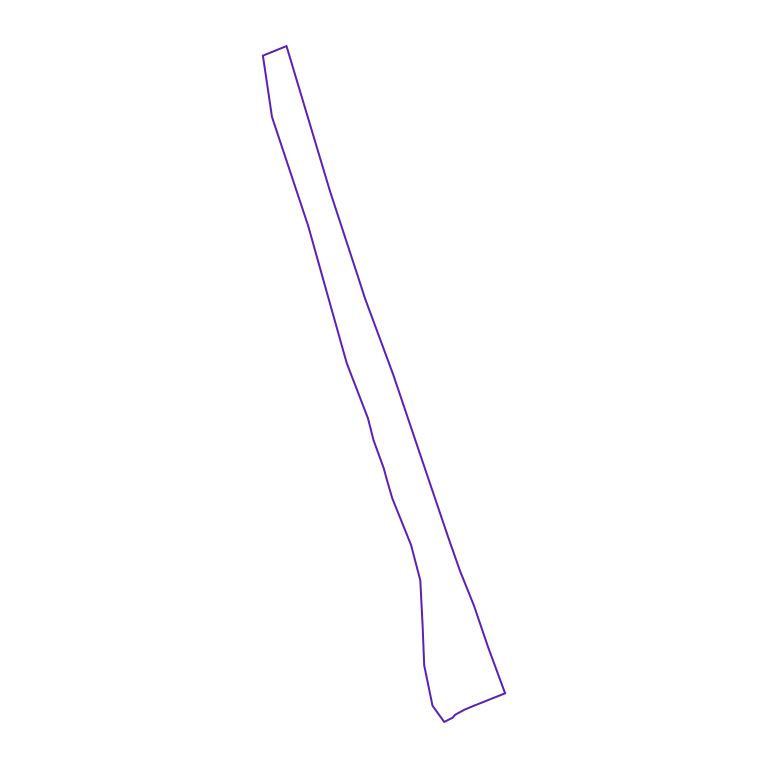 Teone, Tuvalu (Natural Earth projection)
{"feature_id": "33948139B32813308345680", "entity_name": "Teone", "entity_type": "district", "adm_level": 2, "iso_a3": "TUV", "parent_name": "Tuvalu", "parent_adm1": "", "projection": "natural_earth1", "projection_center": [179.198, -8.507], "detail": "fine", "context": "isolated", "style": "outline", "palette": "violet", "viewbox_px": 768, "rotation_deg": 0, "n_neighbors": 0, "source": "geoboundaries", "source_scale": "gbopen_adm2", "svg_char_len": 508}
<svg xmlns="http://www.w3.org/2000/svg" viewBox="0 0 768 768"><path d="M262.9,55.6L272.0,117.0L308.2,225.9L326.5,291.2L346.8,363.3L368.0,418.4L373.5,440.1L383.8,468.4L386.9,479.9L392.3,498.4L411.1,545.1L420.3,580.4L422.6,625.5L424.2,665.3L432.5,705.7L444.2,721.9L452.7,717.7L455.2,714.7L464.7,709.6L474.7,705.4L505.1,693.3L487.9,646.6L474.1,606.0L459.9,570.6L448.9,539.3L419.2,451.6L393.2,374.6L364.9,298.1L358.8,279.2L330.0,191.2L286.5,46.1L262.9,55.6Z" fill="none" stroke="#5b21b6" stroke-width="2"/></svg>